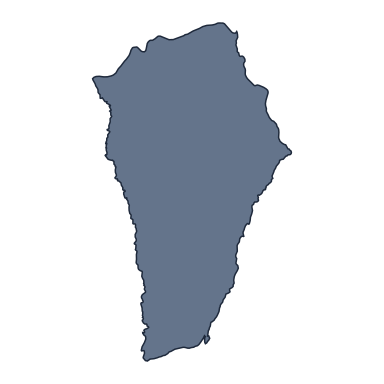 Toledo, Antioquia, Colombia
{"feature_id": "7082276B75943482080922", "entity_name": "Toledo", "entity_type": "district", "adm_level": 2, "iso_a3": "COL", "parent_name": "Colombia", "parent_adm1": "Antioquia", "projection": "robinson", "projection_center": [-75.717, 7.008], "detail": "fine", "context": "isolated", "style": "filled", "palette": "slate", "viewbox_px": 384, "rotation_deg": 0, "n_neighbors": 0, "source": "geoboundaries", "source_scale": "gbopen_adm2", "svg_char_len": 6018}
<svg xmlns="http://www.w3.org/2000/svg" viewBox="0 0 384 384"><path d="M236.7,31.5L235.6,33.1L234.1,33.2L232.5,32.7L231.6,32.0L224.5,23.8L223.0,23.1L218.9,23.0L217.5,23.2L215.2,24.3L212.2,25.0L206.8,25.4L202.7,26.6L199.5,28.4L193.1,31.0L187.6,34.2L185.1,34.7L183.8,35.7L173.2,39.6L169.0,39.7L160.4,36.2L158.9,36.1L157.8,36.4L155.0,38.8L153.2,39.9L152.5,40.3L150.5,40.3L149.7,40.6L148.4,41.7L147.3,43.4L146.1,49.4L145.6,50.8L144.4,51.8L142.7,51.7L141.4,51.3L137.8,47.7L136.8,47.0L133.4,47.4L132.5,47.8L131.0,50.2L130.2,52.9L129.1,55.5L126.4,59.2L124.5,61.2L120.9,66.0L118.4,68.7L115.9,73.0L113.4,75.0L111.3,75.9L107.4,76.8L104.0,76.9L99.2,76.3L96.1,76.5L94.0,77.3L92.6,78.7L93.0,80.0L95.1,83.7L95.8,85.9L97.6,88.7L98.0,89.9L98.1,92.3L98.4,92.9L100.0,94.7L100.2,98.2L100.9,98.4L102.4,97.9L104.6,101.2L105.2,101.7L106.9,101.7L106.6,102.8L106.8,103.3L109.5,104.6L110.4,105.4L110.2,106.0L109.3,106.0L109.3,106.5L111.1,109.9L111.0,110.5L110.1,110.7L109.7,111.1L110.8,112.3L110.8,115.0L111.7,116.2L111.4,116.9L110.1,118.7L110.2,121.9L108.8,125.9L109.0,127.1L108.9,128.5L108.6,129.0L107.2,129.5L107.1,129.8L107.5,130.4L109.5,131.2L109.8,131.6L109.7,132.1L107.7,134.9L107.9,137.0L106.8,138.3L106.7,140.8L106.2,141.7L105.7,143.5L106.0,144.0L106.4,143.2L106.6,143.1L106.8,143.5L106.2,145.9L106.2,147.1L106.5,147.9L106.0,148.0L106.2,148.4L106.3,150.3L107.0,152.6L106.8,154.6L106.4,154.9L105.8,154.7L105.5,154.9L105.2,155.5L108.1,159.3L110.2,160.0L111.7,160.3L112.6,160.2L112.9,160.8L113.9,161.4L114.0,164.2L115.0,165.2L115.3,166.6L115.7,166.6L115.9,167.1L115.3,169.8L115.4,172.3L116.3,174.6L116.4,175.5L115.9,176.6L115.0,177.6L115.0,178.0L115.4,178.5L116.5,179.0L117.3,178.9L117.6,179.3L117.5,180.5L117.7,180.8L118.8,181.0L120.9,182.8L121.5,185.6L122.2,186.4L122.8,187.7L122.8,189.6L123.3,190.2L124.6,190.2L125.1,191.0L125.0,191.5L124.1,191.8L123.7,192.5L123.7,194.2L124.9,197.8L125.5,198.1L126.6,197.8L126.9,198.1L126.5,198.9L126.6,199.2L127.9,200.8L128.2,203.4L129.0,204.6L129.3,205.6L129.0,206.9L129.1,210.4L129.8,213.4L130.9,214.7L131.1,215.6L130.8,218.2L131.3,218.8L132.4,219.2L132.9,219.8L132.9,223.5L133.3,223.9L135.0,223.9L135.6,224.8L135.4,227.2L136.2,228.6L136.3,230.0L136.7,231.0L136.4,232.1L135.2,234.4L135.2,236.2L135.2,237.0L136.2,239.0L136.3,240.2L136.0,241.2L134.4,243.1L134.3,243.5L134.5,244.0L135.5,244.4L136.0,245.1L135.8,248.3L135.4,249.6L135.7,250.1L136.6,250.7L137.0,251.7L136.4,254.6L136.5,259.3L136.2,262.3L136.2,262.9L136.8,263.9L138.0,265.1L138.1,268.0L138.6,269.4L140.3,270.7L142.0,271.3L142.3,272.1L141.8,276.3L142.8,278.9L143.3,279.4L143.7,280.3L143.9,282.4L143.6,283.5L144.2,284.3L143.8,285.2L144.8,286.3L145.0,287.1L144.4,288.6L144.4,289.4L145.5,291.2L145.4,292.4L142.4,294.6L141.5,296.3L141.5,297.8L142.3,299.1L142.6,300.3L143.2,301.2L142.9,302.2L142.5,302.6L141.3,302.8L140.9,303.6L140.9,304.1L142.1,307.9L142.2,311.1L142.7,311.8L142.7,314.3L142.4,315.4L143.0,316.7L142.5,317.5L143.2,318.0L143.4,318.8L142.9,319.8L142.3,320.2L142.3,320.9L143.5,323.0L145.0,324.1L146.4,324.0L146.8,324.2L147.1,326.0L148.4,326.7L148.7,327.3L148.6,327.6L146.7,328.8L145.3,329.1L144.1,330.0L143.9,330.3L144.6,332.0L144.5,332.6L144.1,332.7L142.7,332.5L142.8,333.4L143.3,334.0L143.7,334.9L144.6,335.5L145.6,336.6L145.8,339.0L144.4,342.6L142.1,346.8L141.3,350.3L141.6,350.9L143.9,350.6L144.3,351.2L144.5,353.3L143.2,357.2L143.2,357.9L145.4,360.6L147.4,361.0L147.6,360.6L148.1,360.6L150.1,359.1L154.0,358.7L157.5,357.7L159.1,357.0L161.1,356.6L163.1,355.6L165.0,355.3L167.7,353.6L169.3,351.8L170.7,351.5L174.9,349.2L183.1,347.3L184.9,347.4L187.5,348.1L189.3,348.2L191.2,347.6L193.8,347.2L195.0,346.4L197.5,345.7L199.0,344.4L201.0,341.7L203.4,338.0L204.5,335.7L205.3,336.6L204.3,338.9L204.7,339.1L204.6,341.0L204.8,342.4L205.4,343.7L206.7,342.9L207.6,341.4L208.6,340.4L209.7,338.3L208.7,335.9L207.6,336.1L208.4,330.4L209.0,329.8L209.5,327.6L210.3,326.1L210.7,323.0L211.2,322.1L212.1,321.8L214.3,320.0L214.8,318.9L216.5,316.8L217.4,315.1L219.0,311.5L219.6,307.6L220.1,306.9L220.3,305.3L221.0,304.1L222.6,302.2L223.2,299.8L225.1,297.2L225.9,294.1L228.3,293.1L229.8,292.1L230.0,291.5L229.6,290.5L229.6,289.0L232.0,287.6L233.1,286.5L233.2,284.8L234.1,283.1L233.7,280.1L234.3,276.6L235.2,274.2L237.3,270.6L238.3,268.2L237.8,265.6L236.4,264.2L235.9,263.2L236.7,258.5L236.0,257.4L235.7,256.1L235.8,254.8L237.3,251.2L237.1,245.6L237.6,244.4L239.3,241.9L239.8,238.5L241.3,236.6L241.8,236.3L242.7,236.2L243.3,236.5L243.8,236.3L243.1,233.5L243.1,232.1L244.2,229.5L244.6,227.9L245.7,225.2L246.5,224.7L247.2,223.6L247.8,223.6L248.8,224.2L249.0,224.1L249.4,223.4L250.1,220.8L250.5,217.1L251.7,213.9L252.5,210.6L251.9,207.1L252.0,205.7L252.3,205.2L253.5,204.4L254.0,202.9L254.6,202.1L257.0,201.9L258.2,201.0L258.5,200.2L258.0,198.8L258.4,197.5L257.8,196.1L257.7,195.4L258.4,195.0L259.4,195.2L261.3,193.9L261.9,193.2L263.1,190.5L264.0,189.8L264.9,189.9L265.6,189.2L265.7,188.8L265.4,188.4L266.1,187.4L266.0,186.8L266.3,186.1L267.2,185.2L268.4,184.5L269.2,183.3L270.4,182.7L271.3,181.6L271.5,180.9L271.4,179.7L271.9,179.1L272.8,178.5L272.1,176.4L272.1,175.9L273.9,171.6L274.1,170.5L275.5,168.3L276.3,166.2L278.8,163.2L279.5,161.6L279.6,160.4L281.4,159.5L283.3,159.2L285.7,156.3L287.2,155.8L287.6,155.2L288.4,154.8L289.7,154.7L290.5,154.4L291.2,153.5L291.4,152.3L291.0,151.0L289.5,149.8L289.2,149.1L287.9,148.8L285.7,144.8L284.4,144.5L282.4,143.4L280.1,141.4L278.9,138.7L278.6,137.4L278.9,132.4L278.7,129.8L278.3,128.4L277.0,126.5L276.4,124.2L273.7,121.3L271.7,120.5L269.9,118.3L269.0,116.9L268.2,115.0L266.5,111.7L266.3,110.9L266.4,108.6L265.6,105.8L265.4,103.6L265.9,100.5L268.1,92.9L268.0,91.4L267.5,90.2L266.0,88.8L263.6,87.3L259.1,85.4L257.3,85.0L255.1,85.7L254.2,85.5L247.7,79.0L246.6,77.5L245.4,75.1L245.2,73.7L245.4,70.3L245.2,69.0L243.8,66.1L243.6,64.2L243.8,63.1L245.0,61.2L244.9,59.2L243.7,57.1L242.7,56.3L242.0,56.1L240.4,56.4L239.6,56.0L239.2,55.2L238.6,52.7L237.6,52.1L237.2,51.4L237.3,48.9L235.9,44.9L236.4,43.1L236.1,40.8L237.7,37.3L237.5,34.6L237.1,32.4L236.7,31.5Z" fill="#64748b" stroke="#1e293b" stroke-width="1.5"/></svg>